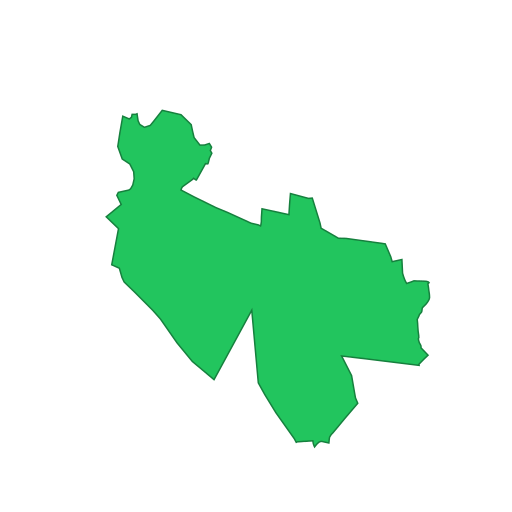 outline of Eleme, Rivers, Nigeria, rotated 142°
{"feature_id": "59680162B65190975434062", "entity_name": "Eleme", "entity_type": "district", "adm_level": 2, "iso_a3": "NGA", "parent_name": "Nigeria", "parent_adm1": "Rivers", "projection": "natural_earth1", "projection_center": [7.122, 4.777], "detail": "fine", "context": "isolated", "style": "filled", "palette": "green", "viewbox_px": 512, "rotation_deg": 142, "n_neighbors": 0, "source": "geoboundaries", "source_scale": "gbopen_adm2", "svg_char_len": 2357}
<svg xmlns="http://www.w3.org/2000/svg" viewBox="0 0 512 512"><g transform="rotate(142 256 256)"><path d="M240.2,428.5L254.0,425.1L258.9,424.0L264.7,426.1L266.6,431.2L265.7,435.1L262.2,441.3L263.6,441.7L266.4,443.9L268.7,442.0L271.5,442.0L274.9,448.2L287.2,437.1L297.5,427.4L301.7,414.8L298.8,406.2L300.5,397.7L304.5,391.8L309.4,387.8L312.3,386.6L313.7,386.1L315.7,386.3L325.3,390.9L328.3,389.5L330.5,379.6L349.9,379.1L347.5,362.2L375.1,337.9L371.2,330.5L374.8,321.6L375.9,316.7L375.0,310.3L373.8,301.7L370.8,276.8L370.1,265.3L371.7,236.1L371.1,212.1L365.2,184.4L292.7,215.9L332.3,154.6L334.4,141.3L336.8,120.3L338.3,88.5L339.0,84.4L337.8,84.1L334.6,81.9L332.7,80.7L330.1,78.8L328.8,78.0L326.5,76.4L325.0,75.4L326.4,72.8L327.1,70.7L327.4,69.5L324.0,70.3L321.7,70.5L320.7,70.5L319.7,70.2L319.4,70.1L318.3,69.4L316.6,67.3L313.7,63.8L312.8,64.7L311.7,65.9L310.4,67.2L309.3,68.1L307.7,68.6L306.7,69.0L304.4,69.3L296.0,71.1L287.0,73.1L266.5,77.3L265.0,82.9L263.1,86.5L254.3,102.9L250.1,124.5L233.1,107.7L208.8,83.4L194.8,69.4L194.3,70.4L186.7,71.4L181.5,71.9L182.5,82.0L181.4,83.5L181.0,85.0L180.7,87.1L179.8,89.4L179.0,90.9L178.0,91.4L176.7,93.2L174.5,97.0L172.1,100.6L170.2,103.3L168.8,105.5L168.1,106.7L166.7,107.4L164.4,108.5L163.4,109.2L160.0,109.9L159.2,110.5L157.6,112.1L156.9,112.7L155.9,112.9L151.7,113.4L150.5,113.7L148.8,114.2L147.5,114.7L146.2,115.3L144.9,116.3L143.8,117.8L142.8,119.3L141.0,122.5L139.7,124.6L138.4,126.9L137.7,128.2L137.2,128.4L136.1,128.4L136.1,129.1L136.4,129.9L137.4,131.2L138.3,132.0L139.8,133.3L141.0,134.3L143.4,136.3L144.9,137.5L146.2,138.7L147.1,139.3L149.3,139.9L154.2,141.6L153.9,143.4L153.6,145.0L153.2,146.4L152.4,148.9L151.1,152.2L143.2,163.4L152.2,167.7L150.3,172.4L146.7,186.0L174.3,214.5L180.1,219.2L187.6,237.8L185.3,242.5L176.0,267.0L179.2,269.1L190.4,284.0L197.6,276.2L204.6,268.3L222.2,289.5L227.7,283.4L230.8,279.6L232.4,278.1L232.8,277.7L233.9,276.9L235.1,279.2L237.2,281.8L239.7,284.9L251.1,306.9L257.8,318.8L268.4,340.7L274.5,354.2L272.6,355.4L271.4,355.8L270.1,355.8L258.3,355.4L257.4,355.7L256.4,352.7L256.2,352.6L254.0,353.5L245.0,357.3L238.9,359.9L238.4,359.2L237.3,358.3L236.4,358.7L234.6,360.1L232.6,361.7L227.5,364.2L227.1,367.2L224.0,369.1L223.5,373.4L228.2,375.1L231.9,377.9L231.9,387.4L229.2,393.3L226.2,399.4L228.1,413.5L240.2,428.5Z" fill="#22c55e" stroke="#15803d" stroke-width="1.5"/></g></svg>